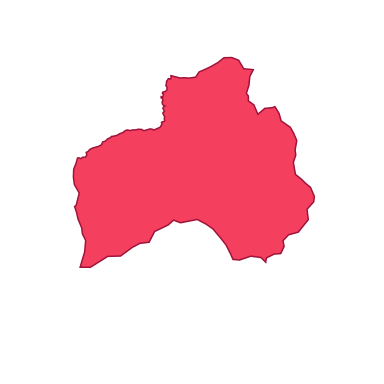 outline of Salamiou, Paphos, Cyprus, rotated 313°
{"feature_id": "46923920B63120979546184", "entity_name": "Salamiou", "entity_type": "district", "adm_level": 2, "iso_a3": "CYP", "parent_name": "Cyprus", "parent_adm1": "Paphos", "projection": "albers", "projection_center": [32.682, 34.831], "detail": "fine", "context": "isolated", "style": "filled", "palette": "rose", "viewbox_px": 384, "rotation_deg": 313, "n_neighbors": 0, "source": "geoboundaries", "source_scale": "gbopen_adm2", "svg_char_len": 2105}
<svg xmlns="http://www.w3.org/2000/svg" viewBox="0 0 384 384"><g transform="rotate(313 192 192)"><path d="M138.8,85.1L134.0,87.6L128.0,89.9L122.0,95.1L117.2,101.0L114.3,110.3L103.0,116.5L101.3,116.0L98.7,120.9L94.5,127.1L90.6,135.7L86.6,140.5L84.1,147.2L75.1,154.3L68.4,157.6L60.7,161.5L67.6,169.0L87.5,174.3L96.4,183.4L110.8,186.1L118.9,188.9L126.0,194.9L137.6,191.6L151.8,197.1L158.8,197.7L161.7,204.6L175.5,214.6L178.1,224.2L179.3,232.3L177.7,245.4L176.5,252.9L173.0,262.5L170.6,268.0L171.5,269.0L174.6,273.1L185.2,278.8L191.1,287.1L190.9,293.8L194.5,291.4L202.6,294.4L207.5,298.9L215.0,296.5L218.4,291.8L226.5,291.8L235.1,297.1L251.1,295.9L257.8,287.9L267.8,287.7L272.2,284.5L276.2,275.5L275.8,268.6L276.0,263.3L275.4,255.7L282.7,246.0L289.8,242.7L293.0,238.8L301.1,233.5L304.4,226.0L306.4,219.7L304.8,208.7L308.8,202.2L311.0,194.4L308.4,193.2L302.8,188.2L293.8,187.2L297.9,177.9L297.1,171.1L300.6,167.8L301.2,164.5L309.0,160.8L315.9,155.5L323.3,153.4L317.4,145.8L320.2,136.3L317.4,129.3L312.0,123.8L304.5,122.7L296.7,120.3L291.3,118.2L284.6,115.3L278.6,116.4L273.5,112.4L270.0,108.1L267.3,105.6L264.3,100.1L262.7,97.2L262.4,97.3L261.9,98.5L260.3,99.3L259.3,98.6L259.5,98.2L258.7,97.4L256.6,97.9L255.6,97.8L254.4,99.0L252.0,100.3L251.6,102.4L249.6,104.0L247.2,103.9L245.2,102.5L243.9,103.1L244.1,104.5L241.4,105.8L240.8,104.4L239.8,105.1L240.4,106.4L238.6,108.7L237.7,108.6L236.4,110.0L236.0,110.9L236.2,112.5L236.4,113.5L235.8,113.1L235.1,113.0L233.3,113.7L233.3,114.0L232.0,117.1L230.7,116.6L229.8,116.9L228.1,121.0L227.0,121.5L226.4,122.0L225.8,123.1L225.2,123.6L224.1,123.2L223.1,122.4L222.0,122.2L221.3,123.8L220.3,123.9L217.6,124.5L211.1,121.8L211.1,120.7L209.7,118.4L204.0,115.0L203.2,112.0L202.1,111.1L201.4,109.9L200.4,109.4L199.0,108.4L196.7,106.1L194.8,104.9L193.2,102.3L191.3,101.3L188.2,100.9L185.5,99.4L182.7,98.7L179.7,96.9L177.7,95.2L176.1,95.3L173.6,94.1L170.0,93.9L167.6,92.5L164.8,93.6L161.4,92.4L158.0,90.3L155.9,89.1L153.4,88.2L150.8,88.4L148.8,87.6L147.3,89.9L144.7,90.3L143.0,88.4L140.7,88.0L139.9,86.1L138.8,85.1Z" fill="#f43f5e" stroke="#9f1239" stroke-width="1.5"/></g></svg>